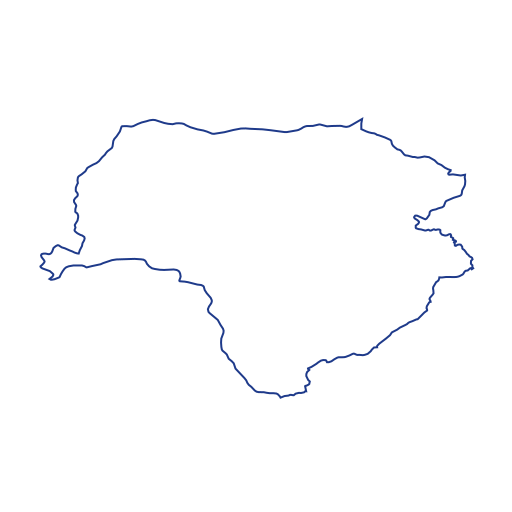 Hispania, Antioquia, Colombia (Equal Earth projection), rotated 266°
{"feature_id": "7082276B53614858189093", "entity_name": "Hispania", "entity_type": "district", "adm_level": 2, "iso_a3": "COL", "parent_name": "Colombia", "parent_adm1": "Antioquia", "projection": "equal_earth", "projection_center": [-75.91, 5.802], "detail": "fine", "context": "isolated", "style": "outline", "palette": "blue", "viewbox_px": 512, "rotation_deg": 266, "n_neighbors": 0, "source": "geoboundaries", "source_scale": "gbopen_adm2", "svg_char_len": 6064}
<svg xmlns="http://www.w3.org/2000/svg" viewBox="0 0 512 512"><g transform="rotate(266 256 256)"><path d="M385.3,371.4L380.1,360.8L378.9,358.1L378.6,356.4L378.5,354.9L379.1,352.3L379.7,350.6L380.0,348.9L380.4,340.6L380.4,335.9L382.7,329.2L382.8,328.0L381.8,321.8L382.1,315.7L381.8,314.1L381.2,312.3L379.9,309.9L378.8,307.2L378.5,305.6L377.5,295.6L377.6,293.3L380.4,279.6L381.9,271.4L383.3,259.1L384.0,254.5L384.2,249.9L383.3,242.2L381.7,233.1L380.8,222.6L381.1,220.7L383.5,215.8L384.9,212.2L386.4,206.5L389.0,199.6L391.1,195.7L392.8,193.2L393.4,191.2L393.8,188.4L393.9,185.6L393.3,182.0L394.0,177.6L395.1,173.7L398.6,165.0L399.0,162.7L398.8,159.4L398.1,156.3L397.2,151.3L396.0,147.4L394.1,142.7L393.8,140.5L394.6,136.0L394.8,131.9L394.6,131.1L394.0,130.7L389.7,128.9L385.1,125.3L382.6,122.8L380.7,121.7L375.2,120.5L373.8,119.7L370.7,115.0L368.7,113.1L367.8,112.6L365.2,109.4L361.5,105.9L359.8,103.3L358.5,99.8L356.2,94.9L355.4,93.7L352.4,91.7L349.6,87.7L348.2,85.2L347.5,84.3L346.7,83.8L344.0,83.2L341.1,83.4L339.8,82.5L336.9,81.1L334.7,80.8L333.3,80.8L331.2,82.2L330.2,82.5L329.4,82.5L328.5,82.2L327.9,81.7L326.3,79.7L325.0,78.7L324.4,78.3L323.6,78.3L322.5,78.3L319.5,80.0L318.5,80.2L315.6,79.1L312.8,78.8L312.2,79.1L311.3,80.3L310.5,80.9L308.6,81.4L307.0,81.3L303.8,80.4L299.8,77.5L299.2,77.4L296.9,77.9L294.9,76.9L294.3,76.8L293.8,76.9L292.9,77.5L291.2,79.3L289.3,82.3L288.6,84.0L287.0,86.0L285.5,86.3L283.5,85.6L280.8,83.8L278.1,83.1L274.0,80.6L270.8,79.3L271.1,77.7L272.1,75.2L273.3,73.2L274.5,70.6L277.0,65.9L278.2,62.8L280.4,59.9L280.6,58.8L279.8,56.9L278.2,54.6L274.7,53.0L273.4,52.1L272.7,51.2L272.3,50.2L272.3,49.0L273.1,46.3L273.2,44.5L273.0,42.9L272.7,42.2L271.7,41.6L269.9,42.0L266.3,44.4L265.2,44.7L264.2,44.2L262.3,42.3L260.8,40.3L260.4,40.2L259.5,40.8L258.5,42.1L255.3,49.3L252.5,52.1L251.9,52.5L251.3,52.5L249.8,51.7L247.5,48.4L246.6,49.8L246.6,51.0L246.9,53.5L248.3,57.9L248.7,58.6L251.6,60.2L254.2,62.0L256.7,64.1L258.0,65.9L258.8,68.5L259.3,73.3L258.7,81.7L257.9,83.9L256.5,86.0L256.5,86.6L257.4,91.8L258.6,100.4L259.6,103.1L261.9,112.0L262.3,116.5L261.6,134.6L260.7,141.2L260.2,143.5L259.2,145.0L257.8,145.9L255.9,146.6L253.2,148.6L251.0,151.4L250.1,154.2L249.0,159.0L248.5,163.4L248.3,172.9L247.6,175.9L246.5,177.7L245.2,178.6L243.7,179.1L240.9,179.4L239.6,179.0L237.0,177.8L236.4,177.9L236.1,178.3L235.4,183.1L234.6,186.4L231.6,195.5L230.9,199.2L230.0,200.9L229.2,201.7L225.5,202.5L222.4,204.2L217.4,207.9L214.9,208.8L213.5,208.7L211.9,208.0L208.9,205.6L206.3,204.3L203.6,204.7L202.3,205.7L194.9,213.4L189.7,215.8L185.8,218.0L183.7,218.5L181.5,218.1L176.0,215.6L172.0,215.1L167.7,215.1L165.1,215.4L163.9,216.0L161.3,218.7L159.8,220.0L155.4,221.6L152.8,224.4L150.5,226.3L145.1,227.7L135.1,235.9L132.6,237.6L130.1,238.5L128.0,239.8L125.8,242.2L121.9,245.4L120.6,247.1L120.0,249.2L119.6,254.2L118.8,257.1L118.2,260.0L117.9,263.9L117.4,266.7L116.6,268.1L114.3,270.0L113.0,270.6L114.3,274.7L114.5,278.7L115.1,280.3L115.0,281.4L114.5,283.5L114.5,284.0L115.9,285.9L116.5,289.3L116.2,291.3L116.6,294.1L116.8,294.8L117.5,295.4L117.7,296.1L117.6,296.6L122.7,295.9L123.0,296.2L123.1,297.2L124.0,299.4L124.6,300.2L127.1,300.9L128.7,299.4L132.7,297.8L134.8,298.0L136.7,298.9L138.6,301.2L139.8,300.0L140.2,300.0L141.5,303.6L143.4,307.2L144.2,308.7L145.5,310.6L147.1,313.5L147.5,315.6L147.3,317.9L146.9,318.7L145.1,319.4L145.0,321.3L145.7,323.9L147.5,326.9L148.9,329.9L149.2,331.2L148.9,336.6L149.1,338.4L150.3,342.4L151.6,345.5L151.8,346.6L151.6,347.4L150.5,349.4L150.2,350.5L150.2,352.0L149.6,355.7L149.8,357.6L150.6,360.6L153.0,363.8L154.5,365.0L156.5,367.3L156.5,370.4L157.0,370.3L158.0,370.7L159.9,372.8L165.0,380.5L167.7,384.2L170.2,386.1L170.5,386.6L172.7,391.7L174.5,394.5L176.8,400.3L177.6,402.0L178.4,402.9L179.2,404.3L180.1,407.5L181.6,411.7L181.6,412.5L181.7,412.9L187.9,420.0L189.7,422.9L191.0,422.9L191.8,422.5L192.9,422.6L194.1,423.0L197.6,425.5L198.0,426.2L198.1,427.0L199.0,426.9L200.7,426.1L201.5,426.2L202.4,426.8L205.3,429.7L206.4,430.5L209.8,430.5L210.8,430.3L212.6,430.6L217.4,433.9L218.0,435.1L218.9,436.3L220.8,437.2L221.9,437.4L221.6,439.9L221.8,444.0L221.6,447.4L221.2,451.2L221.1,454.3L221.3,456.0L221.7,457.6L223.1,460.8L223.8,461.6L225.7,462.9L226.6,464.0L226.8,466.2L228.8,468.8L228.9,469.5L227.7,470.3L228.6,471.8L229.7,471.1L231.6,471.2L233.2,469.9L234.0,469.9L236.2,470.2L237.6,471.8L239.1,471.4L240.0,470.3L240.7,469.0L242.2,468.0L243.6,466.5L245.0,465.8L247.4,464.2L248.7,462.6L249.0,462.4L251.0,462.3L253.0,461.0L253.3,459.5L253.1,457.7L252.3,456.4L252.2,455.9L252.6,455.1L254.7,455.1L255.8,454.4L256.1,454.6L256.2,456.0L256.4,456.5L257.1,456.4L257.9,455.2L257.9,454.6L258.4,453.5L259.9,454.0L260.3,453.7L261.4,451.8L262.2,451.8L263.0,452.1L264.0,451.7L264.3,451.3L264.2,450.1L263.3,447.9L263.2,446.1L264.0,443.8L264.5,442.8L266.3,441.6L267.1,441.5L268.9,441.7L269.4,441.2L269.7,440.3L269.8,439.1L269.5,437.4L269.6,436.6L270.2,435.5L270.2,435.0L269.2,432.4L269.2,431.6L269.3,431.1L270.1,430.1L270.2,429.6L269.6,427.3L269.6,426.4L271.0,422.5L271.5,420.0L272.5,417.6L273.1,417.3L275.2,417.5L276.8,420.0L277.7,420.7L278.4,421.0L279.0,420.9L280.5,419.5L282.4,416.9L283.7,416.4L285.1,417.5L285.2,418.3L285.1,419.0L284.9,419.8L281.0,427.0L280.8,427.5L281.1,428.2L281.6,429.0L285.0,431.8L287.7,432.4L288.8,433.5L289.5,435.3L290.0,438.8L290.8,441.1L291.6,445.1L292.6,446.8L296.2,448.5L297.3,449.2L297.8,450.1L300.3,457.3L301.8,463.6L302.3,464.6L302.9,465.2L303.9,465.6L307.1,466.3L311.0,468.8L312.8,469.5L316.2,470.0L319.9,469.7L322.5,470.2L322.0,465.9L323.7,458.1L323.6,454.4L324.0,453.7L324.9,453.5L325.5,453.9L326.1,454.4L327.2,456.0L328.1,456.2L329.1,453.7L330.9,450.6L333.8,447.3L335.7,443.7L339.0,440.8L342.5,435.5L343.5,431.0L342.9,426.5L342.8,424.1L343.7,421.2L343.8,419.4L345.5,414.5L346.0,412.0L347.0,410.8L350.3,408.5L351.3,407.6L352.0,406.2L352.5,404.5L354.6,402.1L356.5,400.3L358.4,399.4L361.1,399.0L361.9,398.6L362.6,397.8L365.3,392.8L367.8,387.1L368.5,385.0L369.4,383.9L370.1,382.5L370.6,380.0L371.5,377.2L372.6,374.7L375.2,369.9L380.8,370.3L385.3,371.4Z" fill="none" stroke="#1e3a8a" stroke-width="2"/></g></svg>